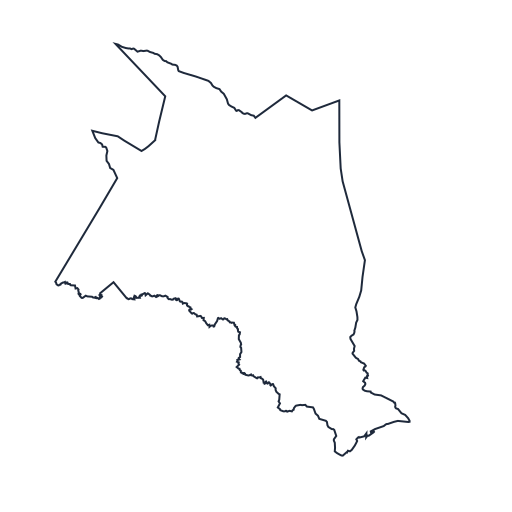 the district of Moung Ruessei, Batdâmbâng, Cambodia, rotated 104°
{"feature_id": "14789045B86476324450115", "entity_name": "Moung Ruessei", "entity_type": "district", "adm_level": 2, "iso_a3": "KHM", "parent_name": "Cambodia", "parent_adm1": "Batdâmbâng", "projection": "albers", "projection_center": [103.606, 12.852], "detail": "fine", "context": "isolated", "style": "outline", "palette": "slate", "viewbox_px": 512, "rotation_deg": 104, "n_neighbors": 0, "source": "geoboundaries", "source_scale": "gbopen_adm2", "svg_char_len": 6104}
<svg xmlns="http://www.w3.org/2000/svg" viewBox="0 0 512 512"><g transform="rotate(104 256 256)"><path d="M405.8,138.0L411.2,134.6L415.0,136.1L416.3,135.8L418.1,134.4L423.0,132.9L426.5,132.3L427.6,129.8L428.5,126.6L428.9,124.8L428.7,123.5L424.5,120.6L424.6,120.1L422.7,119.7L422.8,117.6L421.0,116.2L416.1,114.3L413.4,113.6L411.0,113.1L409.6,114.3L407.4,113.1L406.8,112.4L407.2,112.0L407.0,111.5L404.8,107.4L401.4,106.0L405.3,105.2L403.2,104.3L403.2,103.2L398.8,99.4L397.4,98.6L399.3,101.7L398.4,102.2L395.1,98.6L390.1,90.9L388.0,89.3L387.4,88.5L387.0,87.3L383.6,82.1L381.7,78.5L380.2,68.0L379.7,66.9L378.8,67.1L376.6,69.1L374.1,72.8L373.4,76.8L370.1,81.2L370.0,83.1L369.6,83.8L368.7,84.5L367.4,84.5L365.3,85.3L364.7,85.7L364.9,86.4L364.0,87.6L361.0,100.9L361.7,107.4L360.7,111.5L359.8,112.0L360.4,115.5L360.4,117.9L359.6,120.1L358.6,120.6L357.3,120.5L355.4,119.2L353.7,118.9L352.6,119.5L351.6,121.7L351.1,121.6L347.6,120.5L347.5,118.6L346.1,119.3L345.5,119.2L345.4,118.6L344.8,118.4L344.1,119.0L342.9,119.2L342.4,120.5L341.0,121.9L340.6,123.1L341.0,123.7L340.5,124.3L337.8,124.1L336.7,123.1L336.0,122.9L334.2,125.1L333.7,128.6L333.0,129.1L332.7,130.8L331.3,132.0L330.6,134.5L327.4,138.7L326.5,138.8L324.3,137.8L322.4,138.5L319.5,138.5L313.7,144.2L312.3,144.8L311.7,144.9L310.2,144.0L308.6,142.4L307.1,142.1L305.6,142.1L304.7,142.5L301.4,142.3L296.4,142.7L293.5,142.1L290.8,142.8L285.4,145.1L281.9,147.2L278.5,147.1L270.6,145.9L264.0,145.6L250.4,147.6L233.7,149.3L225.7,154.6L162.6,190.0L150.6,195.0L125.5,202.6L84.9,212.8L101.2,236.8L92.9,265.6L122.1,290.0L120.4,292.1L120.5,294.8L119.6,298.3L119.6,299.2L120.8,301.1L120.9,302.1L120.6,303.7L119.9,304.6L118.6,308.0L118.8,308.8L119.9,309.8L119.8,310.5L117.5,312.9L116.9,316.0L116.0,318.7L114.9,320.0L111.0,322.2L106.4,326.5L104.9,329.6L102.9,331.8L102.7,335.2L102.0,337.9L101.1,339.5L99.0,341.6L97.6,344.5L96.4,357.9L95.9,370.1L95.3,375.7L94.5,376.4L91.3,377.9L90.4,379.0L90.1,380.7L90.5,383.5L90.0,384.7L89.5,388.9L88.7,390.3L88.9,391.7L88.6,392.8L88.2,393.9L85.9,396.5L84.7,398.6L84.1,400.7L84.3,403.4L83.8,404.7L83.7,408.3L83.1,410.6L83.1,411.6L84.4,414.8L84.6,417.4L86.4,420.4L84.4,424.4L84.4,425.3L85.4,426.8L85.1,428.5L85.5,429.9L85.7,432.7L85.5,436.7L84.2,441.0L84.2,443.6L123.0,382.7L148.8,382.5L167.2,382.0L167.9,381.8L175.5,386.9L179.0,389.7L181.8,392.5L175.9,411.8L173.3,419.1L174.1,435.0L174.1,445.1L180.5,440.5L184.0,436.4L184.0,434.3L185.0,432.3L187.1,431.2L186.5,428.7L187.0,427.6L190.1,425.6L194.7,425.5L199.8,424.0L202.3,420.9L205.9,418.8L206.9,415.2L214.0,409.5L247.8,419.5L329.5,444.5L330.3,443.5L331.7,442.7L332.4,440.9L332.3,440.3L331.2,439.5L331.1,438.8L329.9,438.5L328.3,436.7L328.2,436.0L327.4,435.1L329.0,434.2L328.9,433.8L327.5,433.3L327.3,432.6L328.6,431.6L328.2,429.7L329.0,429.2L329.2,428.6L328.4,424.5L331.2,423.2L330.4,421.6L331.5,420.1L332.6,420.1L334.0,419.2L335.6,419.1L336.1,418.6L336.0,418.1L335.2,417.8L335.2,417.3L335.8,416.9L336.7,417.5L337.4,417.3L338.8,415.1L338.6,414.0L335.7,411.6L336.0,409.9L335.2,405.2L335.7,404.1L335.5,402.9L334.5,401.6L334.9,401.2L335.5,401.4L335.5,400.2L335.0,399.6L335.7,398.0L335.0,397.2L334.0,397.5L333.2,396.9L333.6,396.6L333.6,396.0L332.5,395.6L332.2,396.3L331.5,396.5L332.5,397.8L332.1,398.3L331.7,398.5L330.6,397.9L329.8,398.2L315.9,387.9L328.3,371.2L328.1,370.7L328.8,369.4L328.2,368.3L327.5,367.8L327.3,366.4L327.8,365.7L327.5,363.5L326.7,363.9L327.0,364.4L325.2,364.4L325.3,364.0L324.9,363.8L324.0,364.0L324.1,363.4L324.7,363.2L324.6,362.6L325.6,362.1L324.6,358.6L323.4,359.4L322.3,359.0L322.2,358.4L321.7,358.2L322.3,357.7L322.1,357.3L320.7,357.0L318.9,355.0L319.0,354.4L320.8,353.6L318.4,351.9L319.3,349.6L320.0,349.1L320.0,348.0L320.3,347.7L320.2,346.6L319.1,345.0L320.0,343.0L319.0,341.8L318.3,342.6L317.8,342.3L317.8,340.7L317.3,339.8L317.8,337.4L317.5,335.9L316.4,334.3L317.1,331.9L317.9,331.8L319.0,330.3L318.6,328.7L318.8,327.5L318.5,326.1L317.4,325.6L316.4,323.8L316.7,323.2L317.8,323.2L318.1,322.4L317.9,321.9L316.1,321.2L316.1,320.6L318.4,318.9L318.6,318.4L318.2,316.9L318.6,316.2L319.9,315.5L319.0,314.3L318.7,311.7L319.1,311.2L319.7,311.3L320.7,310.9L321.2,310.1L321.0,309.3L321.6,308.4L321.7,307.2L322.9,306.6L323.2,305.7L323.6,306.0L323.6,307.1L324.2,307.7L325.2,307.6L327.0,304.9L327.4,304.0L326.6,303.2L326.4,302.5L327.3,300.6L327.3,299.4L328.9,298.5L327.6,295.5L327.8,294.7L329.2,293.5L328.7,291.7L331.0,291.4L331.6,289.5L333.2,288.1L334.8,286.0L334.0,284.7L336.0,284.0L334.6,283.0L334.1,282.0L333.8,280.7L334.7,280.1L334.4,279.5L332.3,279.4L328.5,278.0L325.5,277.9L325.2,277.6L325.7,276.1L324.8,274.8L325.6,272.8L325.4,272.3L324.1,271.7L324.1,270.8L324.6,269.0L324.3,268.6L325.3,267.9L325.9,265.9L326.7,265.4L326.5,264.2L326.8,263.7L326.3,262.8L326.1,261.3L327.2,260.8L327.9,259.6L328.5,259.9L329.5,258.7L329.4,257.3L330.9,256.7L331.3,255.8L333.0,255.4L333.8,254.8L333.9,253.1L336.1,252.9L337.0,253.4L340.8,252.6L343.9,249.7L345.5,249.0L346.1,249.3L348.0,249.2L348.7,248.2L352.7,246.9L355.1,247.7L357.9,247.0L359.1,248.1L359.8,248.1L360.4,247.1L361.4,248.9L361.8,248.6L363.2,248.9L363.4,247.0L364.7,247.0L365.5,246.1L368.4,247.9L369.5,245.6L369.4,244.7L370.6,244.1L371.0,243.0L372.6,242.5L372.6,241.4L373.0,241.1L372.5,239.5L373.4,239.4L372.9,238.1L373.8,237.6L373.8,235.2L373.7,234.1L372.2,232.2L372.9,231.8L372.9,231.0L372.4,230.0L373.2,229.4L374.4,225.7L374.4,225.3L373.2,224.7L373.2,223.7L372.3,222.3L373.4,221.7L373.6,220.4L374.2,219.2L377.1,217.9L376.8,216.8L377.7,216.6L377.4,216.2L375.6,216.2L375.3,215.8L376.9,214.4L377.0,213.8L375.4,212.9L375.6,212.5L376.8,211.1L377.9,210.8L378.1,210.4L376.3,209.1L376.2,208.4L378.1,207.1L379.6,204.9L381.2,204.6L382.8,203.4L384.3,200.7L384.5,199.6L389.7,198.7L391.6,198.9L393.2,197.1L397.7,198.2L398.8,195.7L399.7,195.1L400.1,191.8L399.7,190.3L399.0,189.6L398.9,188.9L399.5,188.1L398.1,186.0L398.1,183.6L396.7,183.1L396.1,182.3L394.5,182.4L392.3,181.5L391.5,180.9L389.7,176.9L389.6,175.2L388.5,172.1L389.8,170.2L389.1,164.1L390.3,162.9L394.5,160.1L396.0,157.2L398.7,155.2L399.0,148.3L399.9,147.0L403.0,145.7L404.4,144.4L405.6,140.6L405.3,139.1L405.8,138.0Z" fill="none" stroke="#1e293b" stroke-width="2"/></g></svg>